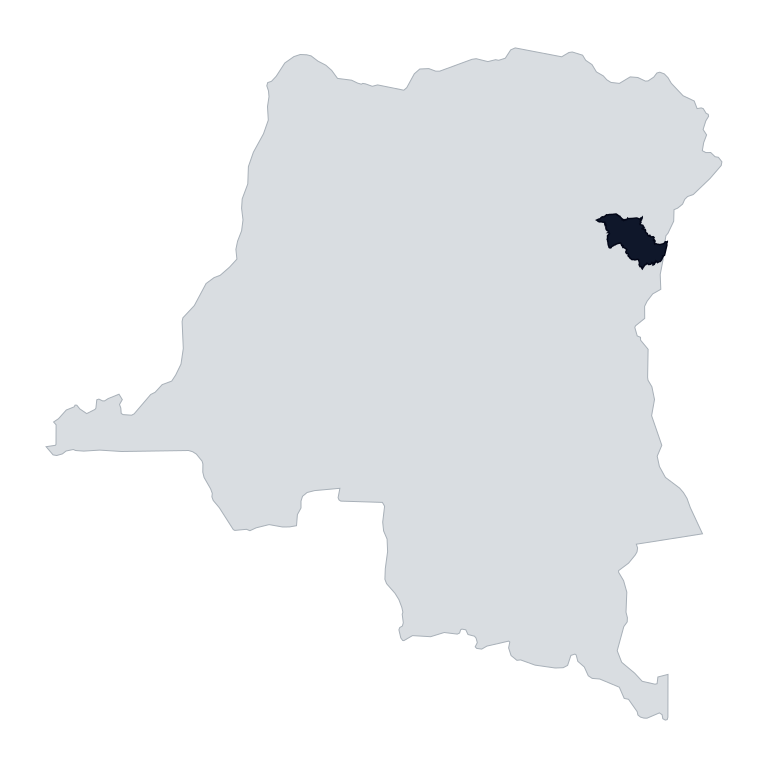 Lubero, Nord-Kivu, Democratic Republic of the Congo shown in context
{"feature_id": "63176286B45916106821058", "entity_name": "Lubero", "entity_type": "district", "adm_level": 2, "iso_a3": "COD", "parent_name": "Democratic Republic of the Congo", "parent_adm1": "Nord-Kivu", "projection": "orthographic", "projection_center": [28.988, -0.062], "detail": "fine", "context": "in_parent", "style": "filled", "palette": "ink", "viewbox_px": 768, "rotation_deg": 0, "n_neighbors": 0, "source": "geoboundaries", "source_scale": "gbopen_adm2", "svg_char_len": 9291}
<svg xmlns="http://www.w3.org/2000/svg" viewBox="0 0 768 768"><path d="M702.5,533.8L636.3,544.2L637.6,547.9L637.0,551.9L635.3,554.9L628.6,563.1L618.6,570.6L618.6,572.3L623.6,580.7L626.8,592.1L626.0,612.2L627.4,617.7L627.2,621.9L623.8,626.6L617.2,650.7L621.7,662.3L634.7,673.2L642.2,681.3L655.0,684.2L657.1,683.7L657.9,677.0L668.0,674.4L667.9,717.2L667.2,719.6L665.3,720.1L662.8,718.7L662.1,714.7L659.4,712.9L647.0,718.2L643.9,718.1L640.5,717.1L637.9,715.0L637.2,711.7L628.5,699.3L624.2,698.4L619.3,687.2L599.7,679.0L592.2,678.4L588.3,675.8L584.3,667.0L577.8,661.3L576.2,655.0L574.9,654.1L570.9,655.4L567.6,665.4L563.2,667.7L555.2,668.0L535.0,665.1L520.6,659.9L516.9,660.3L511.1,655.6L508.6,647.9L509.8,642.0L508.7,641.1L486.9,646.1L481.7,649.1L476.7,648.4L475.2,646.8L477.3,642.6L476.1,638.2L474.5,636.2L468.0,634.5L465.8,629.8L461.9,629.1L460.6,629.8L459.6,633.0L457.3,634.1L444.2,632.5L430.6,636.7L412.5,635.6L403.9,640.6L402.7,640.5L400.8,637.9L398.9,629.8L399.7,627.6L402.4,626.0L403.3,622.7L402.2,614.2L402.9,612.2L401.8,607.3L398.9,599.6L395.0,593.3L386.6,583.7L384.9,579.3L385.3,568.6L387.6,551.6L387.1,539.1L383.6,530.9L382.7,522.1L384.6,506.2L382.4,502.4L340.8,501.1L339.0,499.9L338.1,497.7L339.9,488.3L314.6,490.6L307.1,492.5L302.5,496.3L301.0,501.1L301.0,508.0L297.4,514.6L296.5,525.7L289.6,526.9L282.6,527.0L269.1,524.6L256.2,527.8L249.9,530.7L246.5,529.3L234.8,530.4L233.3,529.6L219.3,507.7L213.2,500.4L211.9,496.8L212.3,493.4L210.6,488.8L204.1,477.5L202.8,472.2L202.9,464.0L202.1,461.2L196.4,454.1L192.6,451.7L188.5,450.5L121.7,451.5L99.7,450.1L83.7,451.1L75.6,450.5L73.3,449.5L66.1,451.0L62.4,453.9L56.7,455.5L53.1,454.9L46.1,446.7L55.4,445.3L56.0,444.4L56.1,424.8L53.6,422.0L58.5,418.7L66.3,410.0L74.1,406.9L75.1,405.1L76.8,405.2L79.8,408.9L86.7,413.6L95.0,409.4L95.9,408.2L96.8,399.8L98.9,399.1L102.6,400.9L104.6,400.9L108.3,398.5L119.0,394.2L122.3,399.6L119.5,404.5L120.8,408.0L121.2,413.4L123.0,414.6L131.6,415.2L134.1,413.9L150.7,394.5L155.1,392.3L162.2,384.6L171.7,381.1L175.7,375.0L181.0,364.1L183.3,348.5L182.1,321.5L182.9,317.8L194.3,305.6L206.1,283.5L214.1,277.6L220.2,275.3L229.5,267.2L236.9,259.1L235.9,249.3L237.6,241.1L241.6,230.8L243.0,219.9L241.6,208.3L242.2,198.9L247.8,183.9L248.4,166.6L253.4,152.2L263.5,133.8L268.3,120.1L267.5,106.6L269.0,96.7L268.5,90.9L266.8,85.8L267.7,82.6L271.5,81.3L276.2,76.3L284.8,63.0L293.9,56.6L300.3,54.5L306.8,54.8L311.1,55.9L317.9,61.1L325.8,65.2L331.7,70.4L337.5,78.4L351.6,80.2L357.6,83.1L361.3,84.2L362.7,83.4L365.6,83.9L372.3,86.3L377.6,84.9L403.8,90.2L406.8,87.6L414.3,73.8L419.8,69.0L428.8,68.6L435.8,71.2L439.6,71.2L472.0,59.3L476.2,58.7L487.9,61.6L495.6,59.7L498.7,60.3L505.3,58.2L510.7,49.9L515.2,47.9L561.7,56.8L568.9,52.5L572.3,52.0L582.6,55.2L585.7,60.3L592.0,64.6L596.4,71.9L603.3,75.9L606.8,79.8L610.9,82.4L619.4,83.4L630.2,76.9L637.8,77.5L645.4,81.1L648.1,80.9L653.8,77.1L656.9,73.0L659.8,72.2L664.3,73.9L668.0,77.7L671.3,83.3L683.0,95.7L694.2,101.0L697.1,108.6L701.2,107.9L703.2,108.6L706.2,113.4L708.2,114.3L708.6,116.3L705.8,120.9L703.1,129.5L706.6,134.9L703.7,142.6L702.3,150.7L705.9,152.6L710.7,152.5L715.0,156.7L718.4,157.3L721.9,161.8L721.2,165.5L710.0,178.5L693.3,194.5L687.6,196.5L684.7,199.4L682.6,204.1L677.7,208.1L674.0,209.7L673.7,221.2L668.0,233.2L665.9,235.7L662.8,255.1L663.3,258.5L660.2,274.5L660.8,289.3L652.7,293.9L647.1,301.2L644.6,306.3L644.7,318.4L635.5,325.8L634.8,327.4L637.2,335.9L640.5,337.3L640.6,340.2L648.1,349.3L647.6,377.4L648.0,380.2L651.9,386.8L654.5,399.5L651.6,415.7L661.8,445.3L657.2,456.2L659.4,466.5L665.4,477.4L679.6,488.1L683.4,492.5L687.0,498.4L690.3,507.6L702.5,533.8Z" fill="#d9dde1" stroke="#a8b0b8" stroke-width="1"/><path d="M609.1,247.5L609.4,247.7L609.7,247.8L610.0,247.6L610.5,247.9L610.8,247.8L611.1,247.6L611.5,246.7L612.8,245.9L613.6,245.6L614.3,244.8L615.0,244.9L616.0,244.3L616.5,243.9L616.9,243.7L617.4,243.7L618.7,243.3L620.1,243.1L620.5,242.9L621.0,243.3L621.2,244.1L621.5,244.8L621.9,245.2L622.0,245.2L622.1,245.5L621.9,245.7L622.0,245.8L622.3,246.0L622.5,246.2L622.8,245.6L623.2,245.6L623.2,245.9L623.0,246.1L623.1,246.4L623.0,246.8L622.8,247.2L622.9,247.4L623.3,247.2L623.9,247.6L624.3,247.7L625.5,248.5L626.3,249.0L626.4,249.4L626.6,249.3L626.9,249.5L625.8,251.9L625.8,252.2L626.2,252.8L626.4,253.3L626.7,253.6L627.1,253.6L627.4,253.4L627.6,253.4L627.8,253.6L628.2,253.6L628.3,253.8L628.4,254.5L628.3,255.0L628.1,255.3L628.1,255.7L628.4,256.3L629.2,256.8L630.0,258.1L630.6,258.6L631.2,258.9L631.9,259.6L632.8,259.6L633.0,259.6L633.4,259.6L633.9,259.4L634.3,259.6L634.7,259.9L635.1,259.9L635.4,259.7L636.4,259.6L637.0,259.3L637.4,259.4L637.8,259.3L638.4,259.5L638.5,259.8L638.7,260.0L638.6,260.3L639.1,261.4L639.4,262.7L639.4,263.5L639.3,264.2L639.1,264.4L639.2,264.9L639.5,265.6L640.1,266.7L640.6,266.8L641.4,266.7L641.6,266.9L642.0,268.6L642.3,268.9L642.5,268.4L642.9,267.9L643.0,267.4L643.6,266.9L644.2,265.9L644.2,265.7L644.3,265.4L644.6,264.9L645.3,264.9L645.8,264.6L646.6,263.8L646.7,263.3L646.8,263.2L647.1,263.2L647.7,263.8L648.3,264.2L648.6,264.5L650.5,264.3L651.7,263.4L652.0,263.1L651.8,262.4L652.1,262.4L652.3,262.7L652.9,262.9L653.5,262.8L653.3,263.3L653.1,263.6L653.0,264.1L653.2,263.9L653.2,264.2L653.3,264.2L653.3,264.3L653.1,264.2L653.1,264.4L653.2,264.5L653.3,264.6L653.4,264.4L653.6,263.8L654.0,263.7L654.1,264.0L654.3,264.1L654.4,263.4L654.6,263.4L654.6,263.2L655.0,262.8L655.2,262.6L655.7,262.2L655.4,261.4L655.9,261.2L656.0,260.8L656.3,261.0L656.7,261.5L656.7,261.3L657.0,261.4L657.0,261.6L656.8,261.7L657.2,261.8L657.3,262.0L657.3,262.3L657.6,262.6L658.9,261.7L658.6,261.4L659.2,261.6L660.0,261.6L660.6,261.1L661.1,260.3L661.4,260.1L661.6,259.6L662.0,259.0L662.1,258.8L662.1,258.5L662.2,258.4L662.3,257.6L662.6,257.4L662.6,257.2L663.1,256.7L663.3,256.1L663.2,256.0L663.4,256.0L663.6,255.8L663.9,255.6L664.5,255.3L666.9,245.1L666.7,243.2L667.0,242.8L667.3,242.0L667.3,241.7L667.0,241.9L667.1,242.0L666.7,241.8L666.1,241.9L665.8,241.8L665.4,241.7L665.1,241.8L665.4,241.8L665.1,241.9L664.6,243.0L664.3,243.2L663.6,243.5L663.2,243.8L661.9,244.2L661.3,244.2L660.2,244.6L659.4,244.7L659.0,244.4L657.3,244.3L656.5,243.9L656.0,243.8L655.4,243.8L654.8,244.1L654.5,243.1L654.5,242.6L654.6,242.4L654.8,242.2L655.0,241.5L654.9,240.6L654.7,240.4L654.4,240.5L653.9,240.8L653.7,240.7L653.3,240.1L653.5,239.5L653.8,239.3L653.7,239.2L653.7,238.4L653.7,237.6L653.8,237.6L654.0,237.5L653.7,237.1L653.2,236.7L650.9,237.0L650.6,236.8L650.5,236.6L650.6,236.3L650.5,236.2L650.0,235.7L649.8,235.3L649.5,235.5L649.4,235.7L649.2,236.1L648.9,236.1L648.6,235.9L648.2,235.4L647.6,234.9L647.3,233.5L646.0,232.7L645.4,232.2L645.6,230.9L645.3,230.6L645.2,230.3L645.4,229.9L645.3,229.7L644.8,229.2L644.4,229.1L644.0,229.3L643.3,229.4L642.3,228.9L642.0,228.8L642.0,228.5L642.2,228.3L642.9,228.2L643.4,228.0L644.1,227.3L643.5,226.9L643.2,226.5L643.0,225.5L642.8,225.3L640.4,224.7L640.1,224.4L640.1,224.2L639.9,223.9L640.1,223.8L640.5,222.9L640.8,222.7L640.8,222.3L640.9,222.2L640.7,221.9L640.4,221.8L640.5,221.6L640.3,221.6L640.3,221.1L640.5,220.6L640.8,220.3L641.0,220.2L640.9,220.1L641.3,219.9L641.3,219.6L641.4,219.3L641.6,219.3L641.6,219.0L641.7,218.7L641.8,218.6L641.7,218.5L642.1,218.0L641.9,217.8L642.2,217.6L642.2,217.3L641.6,217.9L640.6,218.1L640.2,218.9L639.7,219.0L639.0,218.9L637.5,218.2L636.4,218.0L632.9,218.4L628.8,218.6L628.2,218.6L627.7,218.2L627.6,218.6L627.3,218.8L627.2,219.1L626.9,219.2L626.8,219.4L626.7,219.6L626.1,219.5L625.9,219.5L625.7,219.8L625.3,219.7L624.8,220.2L623.9,220.5L623.9,220.4L624.1,220.1L623.9,220.0L623.9,219.6L623.5,219.6L623.0,219.7L622.8,219.6L622.4,219.9L622.2,219.9L621.9,219.6L621.9,219.3L622.0,219.2L621.9,219.0L622.1,218.8L621.5,218.4L621.3,218.1L621.1,218.0L621.1,217.8L620.5,217.3L620.0,216.8L620.0,216.5L619.9,216.5L619.6,216.3L619.2,216.3L619.0,215.9L618.7,215.7L618.4,215.7L618.1,215.5L618.0,215.3L617.5,215.3L617.4,214.8L616.8,214.4L616.6,214.5L616.1,214.0L613.3,214.3L612.9,214.4L609.6,214.5L607.4,214.9L606.6,214.7L606.4,214.8L606.4,215.2L606.1,215.3L605.5,215.7L605.4,216.1L604.9,216.4L604.6,216.3L604.2,216.4L604.0,216.8L603.7,217.1L603.1,217.1L602.8,216.8L602.3,216.8L601.8,217.1L601.1,217.6L600.0,218.9L598.7,219.1L596.6,220.1L597.1,220.4L597.3,220.5L597.8,221.0L598.0,221.2L598.2,221.4L598.6,221.6L599.0,221.6L599.6,221.9L600.0,221.8L600.2,221.5L600.3,221.5L600.5,221.8L600.8,221.7L601.1,221.5L601.6,221.9L601.8,221.9L602.2,221.9L602.5,222.1L603.3,222.2L604.1,222.1L604.4,222.6L604.9,222.5L605.0,223.1L604.8,223.4L604.8,223.5L605.1,223.5L605.6,223.8L605.8,224.3L605.8,224.5L605.5,224.4L605.1,224.7L605.5,225.0L605.3,225.5L605.7,225.5L605.9,225.5L606.0,225.6L605.9,227.0L606.1,227.2L605.9,227.5L605.9,228.1L606.1,228.9L606.3,229.1L606.3,229.5L606.7,229.6L606.7,229.9L606.9,230.3L607.0,230.4L607.4,230.4L607.6,230.8L607.8,230.8L608.2,230.8L608.7,231.2L608.7,231.4L608.5,231.6L608.5,232.3L608.2,232.5L608.3,232.5L608.6,232.5L608.9,232.6L609.5,233.8L609.4,234.0L608.9,234.2L608.8,234.6L608.6,234.6L608.6,234.9L608.5,235.0L607.7,235.4L607.6,235.5L607.8,235.8L607.5,236.4L607.7,236.7L607.7,236.9L607.5,237.7L607.5,237.8L607.6,238.0L607.4,238.4L607.4,238.5L607.6,238.7L607.5,239.0L607.2,239.4L607.6,240.1L607.6,240.6L607.6,241.0L607.8,241.3L607.9,242.1L608.1,242.8L608.0,243.2L608.2,244.0L608.2,244.8L608.5,245.3L608.6,245.9L608.9,246.4L609.1,247.5Z" fill="#0f172a" stroke="#020617" stroke-width="1.5"/></svg>